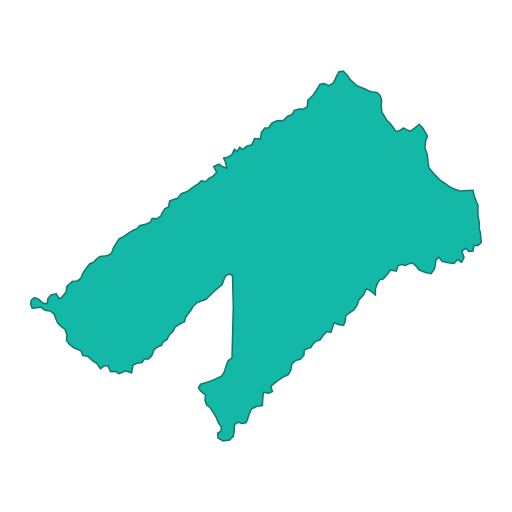 Campo Azul, Minas Gerais, Brazil (Natural Earth projection)
{"feature_id": "56859067B68712405721437", "entity_name": "Campo Azul", "entity_type": "district", "adm_level": 2, "iso_a3": "BRA", "parent_name": "Brazil", "parent_adm1": "Minas Gerais", "projection": "natural_earth1", "projection_center": [-44.775, -16.516], "detail": "fine", "context": "isolated", "style": "filled", "palette": "teal", "viewbox_px": 512, "rotation_deg": 0, "n_neighbors": 0, "source": "geoboundaries", "source_scale": "gbopen_adm2", "svg_char_len": 3824}
<svg xmlns="http://www.w3.org/2000/svg" viewBox="0 0 512 512"><path d="M343.3,71.1L338.9,71.8L336.9,75.4L335.0,79.7L333.0,83.2L329.0,85.7L324.3,83.6L320.0,84.2L317.5,88.5L313.3,95.0L307.8,100.3L307.3,106.7L303.6,109.0L299.2,109.0L294.3,110.4L291.9,114.7L287.6,116.2L283.3,120.5L277.1,120.7L272.0,123.0L268.5,128.0L264.7,128.0L261.4,132.5L260.5,138.8L254.6,138.6L251.7,144.9L247.0,146.0L242.8,149.5L239.7,147.3L237.1,151.6L234.4,149.3L231.8,154.8L227.4,157.4L223.6,158.1L225.8,163.0L226.8,168.2L222.3,166.5L219.0,164.1L213.7,166.5L216.7,172.5L212.6,176.5L209.0,178.3L205.7,181.8L201.5,180.7L198.0,184.0L193.3,187.0L187.6,191.4L181.2,193.7L177.6,198.3L173.4,199.5L169.6,201.0L168.6,206.9L164.8,208.8L162.4,212.6L160.8,216.1L157.1,218.7L152.2,218.4L150.2,222.3L145.4,224.3L139.9,225.5L136.8,229.0L133.4,230.1L129.3,232.6L123.7,236.5L119.2,238.8L116.4,242.9L113.6,247.4L111.8,252.6L109.1,255.0L105.2,256.0L100.0,256.4L96.1,259.5L93.6,262.2L89.8,263.7L86.6,267.8L82.6,273.7L80.8,278.3L76.9,281.2L72.4,281.4L69.6,283.9L66.9,286.3L66.2,291.7L62.5,296.6L59.2,298.9L56.3,293.8L51.1,294.9L48.1,298.3L47.0,303.7L42.8,303.0L38.0,298.8L34.1,297.7L31.1,300.4L30.7,304.4L32.2,308.2L35.6,308.0L40.8,307.1L45.0,310.3L50.4,311.0L54.1,314.0L55.8,318.7L57.9,323.3L61.3,326.6L64.9,329.2L66.9,334.8L66.5,340.4L69.1,344.0L73.5,347.7L78.1,349.6L81.2,350.9L82.6,355.4L88.1,356.5L92.6,360.8L96.8,363.4L100.5,368.8L104.2,365.8L108.0,366.0L110.6,371.6L115.6,371.6L119.0,373.7L125.7,370.9L131.6,372.9L132.9,365.3L137.0,363.2L142.1,362.5L144.5,358.9L148.2,359.1L151.6,356.1L154.2,349.5L158.0,346.7L161.5,345.4L163.3,341.7L166.8,339.8L169.4,334.8L172.8,331.6L175.2,327.1L179.6,324.1L184.5,321.8L185.3,317.9L188.0,314.0L190.9,310.4L193.3,306.0L197.3,302.6L201.5,300.9L205.7,299.6L208.5,296.8L211.7,293.6L215.4,290.2L219.0,287.2L222.2,284.5L223.8,279.8L225.8,275.7L229.3,273.9L232.5,275.6L233.3,307.0L232.0,357.8L228.1,360.8L226.1,366.0L224.1,372.4L221.4,376.3L218.1,377.8L215.0,379.3L210.1,381.3L205.0,382.9L200.6,384.2L198.4,387.6L200.6,391.1L205.5,395.0L205.0,400.2L206.6,405.0L209.7,407.2L213.1,412.3L216.3,417.5L218.3,422.7L221.4,427.0L220.9,431.2L217.7,433.2L218.1,438.1L223.0,440.9L229.4,440.1L233.3,436.3L234.2,431.3L234.5,424.6L238.2,422.2L241.9,423.5L246.1,422.7L247.7,418.8L249.2,414.1L251.5,408.9L256.7,406.4L262.4,405.5L262.7,399.3L263.4,392.4L268.9,393.2L272.4,391.5L270.8,386.4L274.0,383.6L277.4,380.9L282.8,377.2L288.3,374.6L290.8,370.3L291.8,364.0L295.5,360.6L300.5,359.1L303.9,355.2L304.3,350.1L307.3,348.6L310.8,347.5L313.0,344.1L315.7,341.3L320.2,339.8L323.3,335.2L326.8,331.6L331.0,332.3L332.3,328.1L334.2,322.8L338.9,324.7L343.6,325.2L345.1,321.7L345.8,315.5L349.5,312.9L353.6,310.1L356.9,305.6L358.9,300.0L363.7,294.7L366.4,288.7L370.5,290.8L375.4,294.9L375.4,289.1L377.2,283.7L379.6,279.8L383.1,279.0L386.7,275.1L390.5,270.1L396.4,271.1L397.9,265.9L401.3,264.4L405.5,265.5L408.5,263.8L412.5,262.9L416.3,266.4L419.1,270.0L425.8,272.6L431.1,273.7L434.4,268.9L435.3,264.9L435.8,260.5L438.7,257.1L442.1,261.4L447.9,262.7L453.9,263.5L457.7,259.5L461.6,262.3L464.0,257.5L461.8,251.3L465.8,248.3L468.9,251.5L472.9,251.1L473.9,245.5L478.0,245.5L481.3,242.4L480.8,237.6L480.4,232.4L479.1,228.7L479.3,222.7L478.1,216.2L477.9,210.7L477.9,205.1L476.2,201.3L474.2,195.9L473.0,190.3L467.5,190.5L460.7,191.1L456.7,189.9L452.7,188.4L449.2,186.5L445.0,183.4L440.4,180.4L437.0,177.0L434.3,174.2L431.6,171.1L428.9,167.8L428.1,162.9L427.3,154.5L424.9,148.0L425.6,140.9L427.4,136.2L425.4,132.5L422.9,128.2L419.2,124.4L414.8,128.0L410.5,131.2L407.2,130.1L403.5,128.0L399.5,130.6L396.0,131.5L393.0,127.2L389.8,123.1L386.9,120.3L384.7,116.7L381.9,112.1L381.2,106.3L381.6,99.8L380.0,95.3L377.2,92.6L372.5,92.0L368.3,90.8L365.1,89.0L361.5,87.6L357.0,85.7L353.1,82.3L350.2,79.5L347.3,75.4L343.3,71.1Z" fill="#14b8a6" stroke="#0f766e" stroke-width="1.5"/></svg>